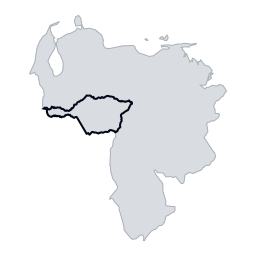 location of Apure within Venezuela
{"feature_id": "VEN-25", "entity_name": "Apure", "entity_type": "State", "adm_level": 1, "iso_a3": "VEN", "parent_name": "Venezuela", "parent_adm1": "", "projection": "equal_earth", "projection_center": [-69.326, 7.078], "detail": "fine", "context": "in_parent", "style": "outline", "palette": "ink", "viewbox_px": 256, "rotation_deg": 0, "n_neighbors": 0, "source": "natural_earth", "source_scale": "10m", "svg_char_len": 8544}
<svg xmlns="http://www.w3.org/2000/svg" viewBox="0 0 256 256"><path d="M223.6,86.2L226.4,90.9L226.1,92.1L224.5,93.2L223.5,95.9L221.4,97.1L218.5,100.3L216.5,100.6L213.6,106.0L215.2,110.2L214.9,112.4L215.6,113.5L219.1,113.6L219.4,114.7L219.0,116.5L218.4,117.6L213.7,121.1L211.4,120.7L210.5,121.8L207.5,122.5L206.6,124.6L207.4,127.4L207.8,132.0L204.0,137.4L213.5,151.8L214.5,152.6L215.5,155.9L215.2,157.9L213.6,160.2L211.2,162.0L209.8,164.9L208.3,165.5L205.7,165.3L204.5,166.9L202.8,167.6L201.7,169.8L193.0,173.5L189.2,172.4L184.9,175.1L184.1,181.9L182.8,183.5L181.1,183.4L175.7,176.6L173.0,177.6L171.1,176.6L165.7,176.9L163.2,173.0L157.6,172.7L155.5,170.1L154.5,170.0L154.1,170.9L156.3,175.2L162.8,183.6L162.9,191.1L166.0,201.6L165.4,204.9L167.2,205.9L175.0,206.7L175.0,210.4L174.0,212.1L172.4,212.4L168.4,215.3L166.0,216.2L164.5,222.3L163.1,224.1L161.7,225.5L159.0,225.6L155.4,229.5L154.2,229.4L151.1,231.4L146.3,237.1L144.6,240.6L143.4,240.6L143.9,237.6L143.3,236.0L142.1,235.1L141.0,234.9L139.7,235.7L136.0,238.7L132.5,239.4L130.6,238.0L124.1,230.1L124.0,227.4L122.5,221.1L119.1,209.4L119.2,207.1L114.0,201.2L113.2,199.2L111.1,198.4L109.7,199.2L110.1,197.2L117.1,188.8L117.7,187.0L115.0,181.5L113.5,180.0L112.6,178.1L110.8,171.6L110.4,166.5L109.8,165.5L110.5,153.2L110.2,150.5L110.7,148.4L112.1,147.0L112.9,144.8L113.0,141.9L113.8,139.4L115.3,137.5L115.8,135.7L115.2,132.6L113.9,131.4L109.7,130.5L108.5,131.4L100.8,133.1L96.9,133.1L94.0,132.3L91.8,132.5L89.2,134.2L87.9,133.3L86.8,133.7L76.6,117.5L72.9,117.1L67.8,114.8L63.7,116.7L62.1,116.8L54.9,115.9L50.9,116.7L49.3,115.9L48.1,114.6L46.4,109.3L43.6,108.4L42.5,106.3L42.9,97.6L44.2,95.2L43.8,91.3L43.4,89.5L39.8,84.7L37.9,75.2L35.5,74.7L34.8,72.7L34.1,72.3L32.1,73.6L30.1,74.1L29.6,73.6L34.9,61.9L36.9,48.2L39.6,41.5L43.1,36.1L46.0,34.5L50.2,25.3L59.5,21.5L57.0,24.3L51.5,26.1L50.2,27.2L50.4,30.2L52.0,34.6L54.8,38.0L53.5,38.4L54.1,41.5L55.4,43.6L55.4,45.0L54.4,49.2L50.2,55.7L47.9,61.4L49.6,64.8L49.8,66.5L53.0,70.8L52.7,72.5L54.0,75.9L56.2,76.4L60.5,74.2L62.8,70.6L63.2,63.6L62.8,61.1L60.2,55.0L58.4,52.7L56.9,47.4L56.2,42.6L57.4,41.5L57.3,39.0L60.2,38.3L66.7,34.2L70.7,33.2L75.2,31.0L77.2,28.2L77.9,28.0L80.2,29.6L81.4,29.1L81.8,27.8L81.2,25.2L75.8,26.1L74.4,21.0L75.6,16.9L78.5,15.4L80.6,17.8L82.0,25.1L83.9,28.9L89.7,28.2L95.5,29.9L101.7,35.2L103.6,40.6L102.8,42.0L103.2,44.4L104.1,46.7L105.5,48.2L109.4,48.6L122.2,45.9L132.9,45.5L135.0,46.6L135.2,48.6L138.7,52.8L149.2,56.4L153.2,55.9L162.8,48.9L167.9,49.1L169.4,48.0L167.5,46.9L163.2,46.5L161.9,47.2L161.2,45.4L167.3,44.9L172.8,45.3L177.2,44.0L180.8,44.0L184.3,43.2L191.0,44.2L196.2,43.4L195.6,44.5L191.1,45.4L189.0,47.1L184.5,46.8L181.3,47.4L182.3,47.9L182.3,49.7L183.2,50.0L184.6,52.2L185.0,53.9L183.8,56.7L185.1,56.4L185.9,55.5L185.9,53.6L186.6,53.9L190.0,62.1L191.4,60.1L192.4,61.3L192.3,58.2L193.5,58.3L195.9,60.4L198.5,65.0L198.0,61.5L200.1,61.4L200.6,59.9L204.7,65.0L209.0,66.5L212.2,70.3L211.5,72.2L209.7,73.2L208.9,74.3L207.5,80.4L205.7,85.2L200.3,85.2L204.9,88.9L206.5,87.4L208.8,87.3L212.2,85.3L216.9,86.2L218.9,84.6L221.4,84.9L223.6,86.2ZM167.6,35.7L168.1,38.3L166.7,40.5L164.7,40.6L163.1,39.1L162.3,39.4L159.6,38.7L160.4,37.3L162.4,36.6L163.8,38.2L165.1,38.3L165.3,37.0L167.0,35.0L167.6,35.7ZM211.3,78.4L208.4,80.4L208.3,78.4L210.5,76.0L211.5,77.4L211.3,78.4ZM147.9,40.1L147.1,40.6L145.0,39.5L145.4,38.8L146.6,38.8L147.9,40.1ZM211.9,74.7L210.1,75.3L210.6,73.9L212.4,73.1L213.1,73.4L211.9,74.7Z" fill="#d9dde1" stroke="#a8b0b8" stroke-width="1"/><path d="M44.7,108.9L44.0,108.7L43.6,108.6L44.3,108.1L44.5,107.9L44.7,107.7L45.0,107.7L45.8,107.9L46.1,107.9L46.6,107.7L46.9,107.8L47.1,108.0L47.3,108.4L47.4,108.5L48.0,108.9L48.4,109.2L49.0,109.4L49.5,109.4L49.9,109.2L50.5,108.7L51.0,108.5L51.1,108.4L51.4,107.8L51.7,106.9L51.9,106.7L52.2,106.8L53.0,107.2L53.2,107.3L53.4,107.7L53.5,107.9L54.3,108.1L54.6,108.1L54.8,107.9L54.8,107.7L55.1,107.9L55.3,107.9L55.6,107.7L55.9,107.7L56.2,107.9L56.4,107.9L56.5,107.9L56.8,107.7L57.1,107.5L57.3,107.4L57.9,107.5L59.0,107.5L59.5,107.6L60.0,107.8L60.3,107.6L60.6,107.9L61.0,108.4L61.2,108.6L61.5,108.7L61.8,109.0L62.1,109.0L62.4,108.9L63.1,109.1L63.7,109.4L64.2,109.9L64.7,110.5L65.0,110.4L65.2,110.6L65.5,110.8L65.8,110.9L66.0,110.9L66.7,110.6L66.9,110.4L67.5,110.7L68.1,110.9L68.8,110.9L69.3,110.8L69.7,110.1L69.9,110.0L70.3,110.1L70.5,110.0L70.8,109.8L71.1,109.3L71.2,109.0L71.4,109.1L71.5,109.1L71.7,108.6L71.8,108.2L72.0,108.2L72.3,108.1L72.6,108.1L73.1,107.7L73.5,107.1L73.8,106.4L74.1,105.0L74.3,104.7L75.0,104.5L75.3,104.5L75.5,104.7L75.8,104.7L76.2,104.5L76.6,104.2L76.7,103.8L76.8,103.5L77.0,103.0L77.2,102.6L77.5,102.4L78.3,101.8L78.5,101.7L79.3,101.8L79.4,101.7L79.6,101.5L80.3,100.8L80.5,100.6L80.9,100.7L81.1,100.6L81.6,100.2L82.1,100.1L82.4,100.0L84.7,97.9L86.3,95.8L86.6,95.5L87.0,95.5L87.7,95.7L88.2,95.7L90.0,95.5L90.3,95.6L90.8,96.0L91.1,96.1L91.3,96.7L91.4,96.8L92.0,97.1L92.3,97.3L92.5,97.1L93.1,97.1L93.3,96.9L93.5,97.0L93.7,97.5L93.9,97.9L93.9,98.0L93.9,98.3L94.2,98.3L94.7,98.7L95.6,98.9L97.0,98.6L97.4,98.2L98.1,97.6L98.4,97.5L99.3,97.6L99.6,97.7L100.2,98.1L100.5,98.1L100.9,98.0L101.4,97.3L101.7,97.2L102.0,97.1L102.2,97.3L102.6,97.6L102.9,97.6L103.3,97.5L103.6,97.5L103.9,97.8L104.2,97.6L104.6,97.2L105.1,97.1L105.3,96.9L105.6,96.6L106.0,96.5L106.5,96.1L106.8,96.0L108.3,95.9L108.6,96.0L109.0,96.3L109.3,96.4L109.6,96.3L110.3,96.5L111.7,96.6L112.4,96.8L112.7,97.0L113.0,97.1L113.3,97.0L113.5,97.2L113.9,97.3L114.2,97.7L114.4,98.1L114.2,98.4L114.3,98.6L114.5,98.6L114.8,98.6L115.2,98.8L115.3,98.8L115.8,98.8L116.2,98.7L116.4,98.7L117.2,99.1L117.4,99.3L117.5,99.8L117.7,100.0L118.3,100.3L118.5,100.5L118.9,100.9L119.6,101.1L119.8,101.2L120.1,101.4L120.5,101.4L121.0,101.0L121.3,100.9L121.9,101.5L122.2,101.4L122.6,101.2L122.9,101.1L123.0,101.1L123.1,101.3L124.6,101.6L124.9,101.5L125.0,101.5L125.3,101.8L125.6,101.7L127.1,101.2L127.4,101.2L127.6,101.2L128.4,101.0L128.7,101.0L128.8,101.0L128.8,100.9L128.8,100.6L129.0,100.5L129.5,101.1L129.8,101.3L129.8,101.6L130.1,101.9L130.5,102.2L131.0,102.3L131.4,102.0L131.6,102.1L131.9,102.7L132.0,103.1L132.0,103.4L131.9,103.8L131.7,103.8L131.3,104.0L130.8,104.5L130.5,104.8L130.3,105.2L130.1,105.7L129.9,106.1L129.7,106.7L129.6,106.9L129.2,107.2L129.1,107.4L128.9,108.2L128.1,109.9L127.8,110.2L127.5,110.4L126.9,110.5L126.6,110.6L126.3,111.0L126.2,111.1L125.5,111.3L125.2,111.5L124.4,112.3L123.7,112.6L123.3,113.1L123.2,113.2L122.9,113.4L122.2,113.5L121.1,114.7L120.9,115.3L121.0,116.1L121.2,116.9L121.6,117.8L121.7,118.2L121.6,118.6L121.4,119.0L121.3,119.5L121.5,119.6L121.6,120.0L121.6,120.8L121.5,121.3L121.2,121.7L120.9,122.0L120.7,122.4L120.3,123.6L120.0,125.8L120.0,126.0L120.3,126.6L120.3,126.8L120.2,127.2L120.0,127.5L119.7,127.7L119.1,128.2L119.0,128.3L118.6,128.7L118.5,128.8L118.2,129.0L118.0,129.3L117.9,129.8L117.5,130.8L117.3,131.2L117.0,131.4L116.9,131.4L116.6,131.3L116.4,131.4L116.2,131.4L116.1,131.6L115.9,132.0L115.6,132.3L115.1,132.2L114.7,131.8L114.3,131.3L113.8,130.9L111.6,130.2L110.5,130.1L110.3,130.0L110.2,130.0L109.7,130.5L109.4,130.7L109.2,130.7L109.0,130.8L109.0,131.0L108.9,131.2L108.9,131.4L108.7,131.6L108.0,131.9L107.4,132.0L105.5,131.8L104.9,131.9L103.2,132.7L102.7,132.7L101.7,132.3L101.4,132.3L101.1,132.3L100.0,132.8L99.1,132.8L98.6,133.4L98.4,133.5L98.0,133.4L97.4,133.1L97.1,133.0L96.8,132.9L95.9,132.5L95.6,132.5L94.6,132.5L94.3,132.5L94.0,132.3L93.6,132.2L93.4,132.3L92.8,132.0L92.5,131.9L92.2,131.9L91.9,132.1L91.5,132.6L91.2,132.8L90.3,134.0L89.5,134.6L89.1,134.3L88.5,133.3L88.2,133.1L87.8,133.2L87.1,133.6L86.8,133.8L86.6,133.8L77.1,117.6L76.6,117.1L76.2,116.9L75.7,117.0L75.1,117.2L74.3,117.8L73.8,117.8L72.3,116.8L72.1,116.7L72.0,116.4L71.9,116.4L71.4,116.4L71.1,116.4L70.9,116.2L70.2,115.0L70.1,114.9L69.8,114.9L69.4,115.1L69.2,115.1L68.6,114.9L68.4,114.6L67.8,114.6L66.9,114.9L66.3,114.9L65.8,115.2L65.5,115.2L65.3,115.3L65.3,115.5L65.1,115.8L64.5,116.4L63.8,116.7L63.0,116.8L62.0,116.7L61.8,116.8L61.7,117.0L61.3,117.3L61.1,117.2L60.8,117.0L60.1,117.0L59.9,116.8L59.8,116.6L59.8,116.2L59.7,116.0L58.8,116.2L58.6,116.1L58.1,116.0L57.9,115.9L57.7,116.0L57.3,116.2L57.1,116.3L56.8,116.0L56.5,115.9L56.2,116.0L55.9,116.0L55.9,115.8L55.8,115.7L55.7,115.8L55.4,116.0L55.1,115.8L55.0,115.6L54.9,115.5L54.4,115.5L54.2,115.5L54.2,116.0L53.8,115.9L53.4,115.9L53.1,116.0L52.7,116.0L52.7,116.3L52.3,116.4L51.8,116.8L51.6,116.9L51.1,116.8L49.5,116.3L49.3,116.2L49.0,115.8L48.8,115.6L48.4,115.4L48.2,115.2L47.9,114.8L47.1,112.8L47.0,112.2L46.9,111.6L46.8,111.1L46.9,110.9L47.0,110.1L46.9,109.9L46.4,109.1L45.9,108.9L44.7,108.9Z" fill="none" stroke="#020617" stroke-width="2"/></svg>